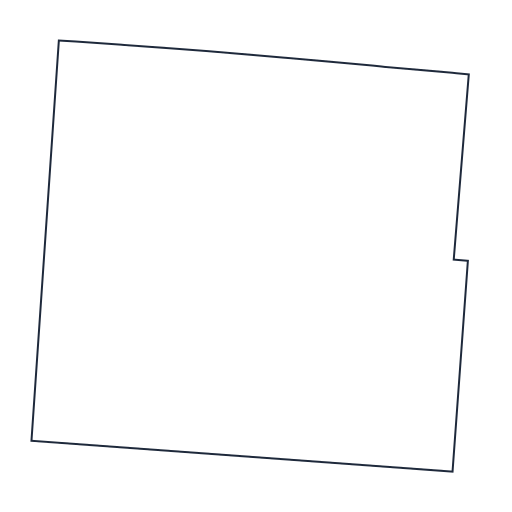 the district of Taylor, Iowa, United States of America, rotated 184°
{"feature_id": "52423323B56193221879017", "entity_name": "Taylor", "entity_type": "district", "adm_level": 2, "iso_a3": "USA", "parent_name": "United States of America", "parent_adm1": "Iowa", "projection": "orthographic", "projection_center": [-94.694, 40.736], "detail": "fine", "context": "isolated", "style": "outline", "palette": "slate", "viewbox_px": 512, "rotation_deg": 184, "n_neighbors": 0, "source": "geoboundaries", "source_scale": "gbopen_adm2", "svg_char_len": 446}
<svg xmlns="http://www.w3.org/2000/svg" viewBox="0 0 512 512"><g transform="rotate(184 256 256)"><path d="M467.7,457.2L467.1,56.0L44.9,54.6L44.3,266.0L58.5,266.2L56.4,452.0L68.9,452.3L73.2,452.5L140.9,453.6L144.4,453.8L152.5,454.1L187.0,454.8L240.2,455.8L241.8,455.8L271.8,456.3L318.6,457.0L353.9,457.2L402.0,457.3L402.3,457.3L405.5,457.4L406.7,457.4L409.6,457.4L451.0,457.4L467.7,457.2Z" fill="none" stroke="#1e293b" stroke-width="2"/></g></svg>